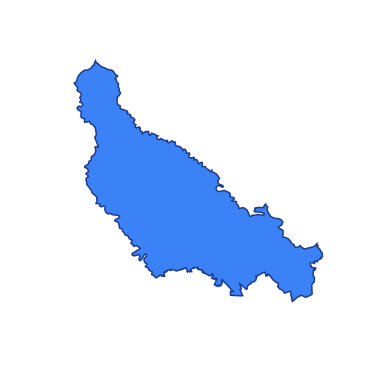 Tlachichilco, Hidalgo, Mexico, rotated 109°
{"feature_id": "50627088B33396950786450", "entity_name": "Tlachichilco", "entity_type": "district", "adm_level": 2, "iso_a3": "MEX", "parent_name": "Mexico", "parent_adm1": "Hidalgo", "projection": "robinson", "projection_center": [-98.199, 20.617], "detail": "fine", "context": "isolated", "style": "filled", "palette": "blue", "viewbox_px": 384, "rotation_deg": 109, "n_neighbors": 0, "source": "geoboundaries", "source_scale": "gbopen_adm2", "svg_char_len": 6087}
<svg xmlns="http://www.w3.org/2000/svg" viewBox="0 0 384 384"><g transform="rotate(109 192 192)"><path d="M281.4,193.1L280.6,190.6L279.7,191.5L279.5,191.2L277.1,192.4L276.8,191.3L276.0,190.5L275.6,190.9L275.0,190.0L274.5,190.5L273.8,189.2L272.9,188.3L272.7,188.6L273.2,187.2L272.2,186.9L272.7,186.2L271.4,184.1L271.8,181.0L269.4,178.1L269.6,177.8L268.8,176.8L267.9,176.4L268.2,175.5L267.5,175.4L265.5,173.2L266.8,172.2L266.7,171.6L267.1,171.3L268.3,171.1L269.2,170.2L267.5,169.1L268.2,168.3L267.4,166.4L265.9,168.0L264.2,166.7L263.8,165.9L262.7,166.0L262.9,164.5L261.7,162.7L261.6,161.5L262.1,161.1L262.4,161.9L263.2,161.2L262.9,158.2L262.0,157.0L264.3,156.4L264.4,155.8L263.7,154.8L265.0,154.5L264.3,152.4L265.2,151.6L264.9,150.3L265.6,149.0L264.8,146.3L263.6,146.7L262.7,145.9L264.1,144.7L265.9,144.8L267.1,145.3L267.3,141.8L265.4,141.4L266.0,140.0L272.4,140.7L273.0,137.6L271.8,137.5L272.5,135.8L270.8,135.6L271.2,134.2L267.6,133.7L266.9,135.1L265.0,135.0L272.6,120.8L273.3,123.3L277.1,121.9L274.3,112.1L273.5,110.3L268.7,114.9L268.2,113.8L267.1,114.2L263.3,116.8L266.4,108.9L265.5,108.3L263.6,109.1L261.2,108.1L259.3,106.3L259.0,106.7L257.6,106.1L257.0,104.3L254.6,103.0L251.6,103.1L251.2,104.3L250.7,104.3L250.5,103.0L249.4,102.9L248.0,100.7L246.9,100.5L244.0,96.8L247.3,94.8L246.5,93.3L245.6,93.7L245.0,93.3L245.0,92.4L249.1,86.1L249.2,84.7L249.8,84.1L250.1,83.0L250.0,81.2L251.3,80.1L253.1,80.4L253.8,79.9L255.2,77.1L255.3,74.5L257.5,71.5L253.8,67.0L255.3,65.7L257.9,64.6L259.2,63.1L260.1,63.3L262.8,61.5L257.0,58.0L255.0,55.9L254.1,55.5L254.1,52.8L254.7,50.5L251.3,46.5L249.4,45.2L240.7,48.6L237.0,47.2L233.1,48.3L231.6,50.3L226.4,51.8L226.2,50.8L225.4,51.1L225.1,50.1L223.5,50.4L223.7,51.4L224.3,52.1L223.8,55.6L222.8,55.9L222.9,55.5L221.0,57.1L220.1,56.5L219.8,55.7L219.7,52.9L217.4,53.7L217.2,52.0L217.5,51.1L215.6,50.6L212.4,47.9L211.5,48.7L210.3,47.6L206.9,49.4L206.2,50.9L204.2,52.9L203.0,55.9L201.6,55.4L201.1,56.5L200.1,57.0L202.9,58.2L204.3,59.5L209.4,67.3L208.1,71.2L207.4,72.2L208.9,73.1L210.8,75.9L209.8,77.6L208.9,78.0L207.8,81.6L206.3,83.0L204.8,86.3L204.6,89.0L205.2,91.3L199.0,93.2L198.4,94.4L197.7,98.8L196.0,98.1L193.8,96.4L190.6,96.4L189.2,98.9L189.0,100.9L189.9,105.7L189.8,108.3L189.0,110.4L185.5,114.3L183.8,115.4L181.5,115.5L180.6,117.8L179.4,118.3L180.3,119.0L183.0,119.4L183.4,119.1L185.1,124.4L186.7,127.2L187.3,127.3L188.0,126.3L189.3,127.1L190.4,126.3L188.6,120.2L189.0,116.6L189.9,116.4L190.8,117.0L191.9,122.6L193.1,124.2L194.3,127.3L196.0,128.5L196.1,129.3L195.5,130.0L191.2,134.0L190.4,136.5L190.1,138.4L192.2,142.1L189.6,144.0L189.0,146.0L186.8,146.7L186.6,147.8L187.6,150.6L187.2,151.6L184.6,149.7L183.6,150.7L184.3,154.5L183.9,154.9L182.0,154.8L180.5,156.3L180.0,162.1L182.9,166.5L182.7,168.8L182.3,169.5L181.1,170.3L179.7,170.5L178.0,169.8L177.1,168.4L177.0,167.3L177.7,165.7L177.0,164.2L176.1,164.7L175.8,165.6L175.8,168.8L175.1,170.3L172.4,171.1L170.0,170.5L167.5,173.9L166.7,176.0L166.2,180.0L164.9,180.4L166.8,181.7L165.5,183.5L165.3,185.8L163.6,187.8L164.8,190.7L160.8,191.8L161.0,192.8L161.7,193.8L163.2,194.4L162.7,195.5L161.2,196.5L159.8,198.1L161.0,200.8L159.1,200.8L158.6,201.5L159.7,203.3L160.3,205.7L160.0,206.4L158.8,207.0L157.4,206.3L156.0,207.2L157.1,209.9L155.3,210.7L153.9,212.4L154.1,213.5L155.8,214.3L154.4,215.2L153.0,218.2L153.5,222.1L153.3,222.6L150.3,224.1L150.2,224.6L151.1,225.4L150.0,227.4L152.8,229.7L153.3,230.6L152.5,232.0L151.4,231.7L151.3,232.2L152.5,235.0L151.8,236.1L152.0,237.4L151.5,238.9L153.3,240.4L153.4,241.0L153.0,242.7L151.9,243.0L150.0,242.3L150.3,243.8L149.5,245.2L149.7,246.9L149.4,249.3L151.1,249.6L152.4,250.7L151.1,251.5L150.9,252.2L149.5,252.3L148.9,252.8L150.0,255.7L153.2,258.0L151.3,258.7L150.9,261.0L148.7,261.6L147.8,262.5L148.1,263.8L149.4,265.4L148.9,267.3L146.6,266.9L146.2,269.1L145.3,270.3L144.0,269.6L142.0,269.7L141.1,271.4L141.3,273.6L140.8,273.9L140.7,274.8L139.4,274.9L138.8,275.8L139.2,278.2L138.7,279.0L137.5,278.6L136.5,279.8L136.6,287.1L133.8,288.0L133.7,290.4L133.2,291.0L130.0,292.7L126.5,293.5L124.7,292.4L121.8,291.8L119.9,293.6L117.2,295.2L117.0,295.8L113.5,296.8L112.2,299.2L110.5,300.0L110.2,301.4L108.7,301.4L107.5,300.2L106.2,300.4L106.2,302.1L103.6,305.7L102.8,307.7L103.3,308.3L103.2,310.8L104.0,311.7L103.9,312.5L103.2,313.1L102.9,319.3L100.9,323.4L101.0,324.4L99.3,326.0L104.4,326.3L105.9,327.5L107.5,327.5L110.6,330.4L112.1,333.6L116.2,336.2L120.7,337.5L125.1,337.1L126.4,337.7L127.2,338.8L128.2,337.8L130.6,333.9L133.3,333.8L134.1,332.0L134.2,330.2L135.2,328.8L137.0,328.2L139.3,328.9L140.7,327.1L143.7,327.3L143.7,324.8L145.0,323.7L147.5,324.6L147.6,326.7L148.2,327.4L149.6,328.1L150.7,327.6L151.6,326.4L151.9,323.1L157.1,321.5L157.8,319.9L157.9,317.3L160.9,316.4L160.6,314.9L158.7,312.1L160.6,310.0L160.4,308.2L162.6,304.4L169.0,301.0L171.9,301.8L179.6,295.3L180.1,295.2L180.1,296.9L181.1,298.3L184.1,296.4L187.6,296.2L189.4,297.1L190.1,298.0L191.6,298.5L192.9,298.4L194.5,297.6L196.6,299.4L199.8,299.2L202.1,301.6L203.0,301.7L203.7,301.3L203.8,298.5L206.2,296.5L206.9,296.5L207.5,297.4L208.8,298.1L209.6,298.1L210.0,296.1L211.1,295.0L212.8,296.2L214.3,296.4L215.5,296.0L217.3,294.5L219.0,294.0L223.4,287.6L225.5,286.0L227.6,280.6L231.1,279.0L234.1,279.0L233.2,275.4L233.6,275.0L235.0,275.1L235.6,273.5L235.1,272.1L234.1,271.5L234.0,270.0L234.7,269.0L236.5,268.9L238.8,267.5L240.0,265.0L240.1,264.3L239.1,263.2L239.3,259.1L238.1,254.8L238.5,252.5L240.3,252.8L243.2,255.6L244.5,255.5L244.7,252.2L245.6,251.1L249.7,248.7L249.8,246.0L251.9,244.6L252.5,243.1L254.2,241.4L254.5,240.5L254.1,238.6L256.7,235.9L257.0,233.0L260.4,233.0L260.8,231.5L262.0,230.1L262.3,228.9L260.9,227.8L260.6,226.7L261.2,226.0L261.6,223.8L262.3,222.5L269.5,228.5L270.6,228.4L271.2,227.8L271.2,225.8L268.7,222.2L268.8,221.1L270.2,220.4L273.1,220.2L273.9,218.8L272.0,217.6L266.8,216.7L265.7,215.7L265.6,215.1L267.5,214.3L270.9,215.6L271.5,215.4L273.9,214.1L274.7,211.1L275.4,210.9L277.7,211.8L278.3,208.4L280.0,207.2L280.4,203.6L283.2,203.3L283.6,200.3L284.4,199.6L284.7,198.6L284.5,197.5L280.7,194.7L280.9,193.3L281.4,193.1Z" fill="#3b82f6" stroke="#1e3a8a" stroke-width="1.5"/></g></svg>